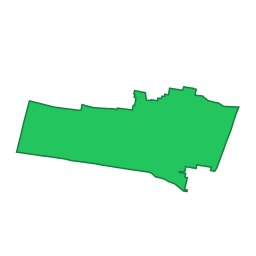 Mexicaltzingo, México, Mexico, rotated 191°
{"feature_id": "50627088B85127394964409", "entity_name": "Mexicaltzingo", "entity_type": "district", "adm_level": 2, "iso_a3": "MEX", "parent_name": "Mexico", "parent_adm1": "México", "projection": "albers", "projection_center": [-99.585, 19.21], "detail": "fine", "context": "isolated", "style": "filled", "palette": "green", "viewbox_px": 256, "rotation_deg": 191, "n_neighbors": 0, "source": "geoboundaries", "source_scale": "gbopen_adm2", "svg_char_len": 2315}
<svg xmlns="http://www.w3.org/2000/svg" viewBox="0 0 256 256"><g transform="rotate(191 128 128)"><path d="M167.7,141.5L172.7,141.8L177.6,142.2L177.5,136.8L177.9,136.4L178.6,136.2L182.4,135.8L186.1,135.6L189.7,135.3L193.4,135.1L197.0,134.9L200.7,134.6L204.3,134.4L207.9,134.6L211.6,134.8L215.2,135.0L218.8,135.2L222.5,135.4L226.1,135.6L229.9,135.8L230.2,132.1L230.6,124.8L231.1,118.0L231.5,110.7L231.7,105.5L231.9,99.2L232.3,93.0L232.5,87.5L232.8,83.0L231.8,83.1L231.2,83.2L227.5,83.4L223.8,83.5L220.0,83.7L216.3,83.9L212.6,84.1L208.9,84.2L205.2,84.4L205.2,84.5L201.7,84.7L198.3,84.9L194.8,85.1L191.3,85.2L187.9,85.4L184.4,85.6L180.9,85.4L177.4,85.2L173.0,85.5L170.7,85.7L166.7,85.9L162.7,86.1L158.6,86.4L154.6,86.6L150.6,86.8L150.6,86.6L146.4,86.7L143.7,86.8L139.6,87.0L135.5,87.1L131.2,87.2L126.9,87.4L123.7,87.5L112.4,88.0L98.8,88.7L95.5,87.7L91.7,85.3L89.8,85.3L89.7,85.3L84.9,85.1L84.5,85.0L80.6,84.3L78.1,83.2L71.5,82.1L68.0,80.3L64.5,78.4L61.0,76.6L58.0,76.9L57.9,78.4L60.7,78.4L60.6,82.5L60.4,86.5L60.3,90.6L62.7,90.6L62.7,94.4L69.2,94.3L69.3,95.1L64.6,95.1L64.6,96.3L63.8,96.3L64.0,101.1L60.4,101.1L56.9,101.2L53.4,101.3L53.4,104.9L49.7,105.0L46.1,105.2L42.4,105.3L38.7,105.4L38.9,102.0L34.7,102.0L33.3,105.3L32.2,111.8L31.4,116.7L30.6,121.5L29.9,126.1L29.4,129.6L28.8,133.0L28.4,136.0L28.3,136.8L28.1,137.4L27.3,141.6L26.7,144.5L26.3,148.0L26.1,149.9L25.6,154.6L24.8,161.0L24.8,161.6L23.9,166.0L23.2,169.7L27.0,169.1L30.8,168.6L34.7,168.0L38.5,167.5L43.8,169.8L44.0,169.9L46.5,169.7L47.4,169.7L51.0,170.0L54.7,170.2L57.9,171.9L59.7,172.8L60.6,173.6L64.5,173.3L68.5,173.0L68.4,179.0L71.6,179.1L71.6,179.4L76.3,179.2L81.1,179.1L81.7,175.4L85.3,175.3L88.9,175.2L92.0,175.1L94.8,175.0L94.5,168.3L98.3,168.2L98.1,165.9L100.6,165.8L101.1,163.3L104.4,163.0L104.2,160.5L106.8,160.3L110.7,160.1L110.7,159.4L115.1,158.7L116.0,161.1L117.7,166.0L118.5,166.0L120.3,166.0L123.4,166.0L126.7,166.0L128.7,166.0L128.7,163.5L128.7,162.5L127.7,162.5L127.7,159.4L126.1,159.3L126.0,156.7L125.8,156.7L125.8,153.1L125.9,151.3L127.2,151.3L127.2,150.7L127.1,146.5L131.5,146.2L134.6,146.0L142.1,145.5L142.0,144.3L142.5,144.3L142.7,144.2L144.6,144.1L145.2,144.1L147.1,143.9L147.5,143.9L151.2,143.2L153.8,142.9L159.1,142.2L160.7,142.0L164.3,141.6L167.6,141.3L167.7,141.5Z" fill="#22c55e" stroke="#15803d" stroke-width="1.5"/></g></svg>